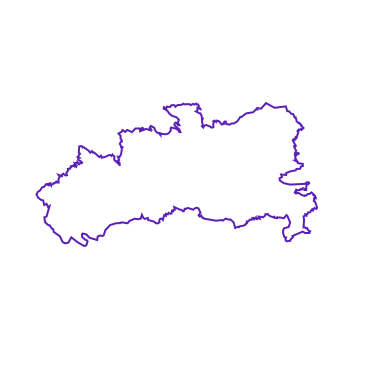 Emiliano Zapata, Veracruz, Mexico, rotated 135°
{"feature_id": "50627088B15654993016577", "entity_name": "Emiliano Zapata", "entity_type": "district", "adm_level": 2, "iso_a3": "MEX", "parent_name": "Mexico", "parent_adm1": "Veracruz", "projection": "equal_earth", "projection_center": [-96.752, 19.457], "detail": "fine", "context": "isolated", "style": "outline", "palette": "violet", "viewbox_px": 384, "rotation_deg": 135, "n_neighbors": 0, "source": "geoboundaries", "source_scale": "gbopen_adm2", "svg_char_len": 6045}
<svg xmlns="http://www.w3.org/2000/svg" viewBox="0 0 384 384"><g transform="rotate(135 192 192)"><path d="M160.0,90.3L157.0,88.0L156.1,88.7L152.4,88.7L152.0,89.8L142.9,86.2L141.6,85.6L141.1,83.1L138.0,80.0L136.2,80.7L137.0,82.0L136.1,85.2L137.1,85.7L137.3,87.8L138.1,88.2L132.6,92.9L130.4,95.9L128.4,95.2L128.1,95.6L127.9,94.7L127.1,95.7L126.3,94.7L124.5,95.5L123.0,94.2L119.5,94.9L119.0,94.7L119.4,93.4L116.8,94.1L116.0,92.1L114.7,92.4L112.4,96.8L111.7,99.2L112.1,99.6L110.0,101.2L109.1,99.9L108.4,100.4L108.8,101.4L107.8,102.1L108.3,103.6L107.7,103.6L107.8,107.2L110.4,107.6L111.6,108.7L113.6,108.7L114.3,109.7L115.1,109.5L116.5,112.1L117.3,116.0L119.6,117.5L119.7,119.0L118.4,119.4L118.6,118.6L118.0,118.5L116.6,119.8L115.5,118.0L114.3,117.1L113.2,117.4L112.6,116.1L110.9,116.3L110.2,114.7L111.1,113.8L109.9,112.6L106.2,116.0L103.6,115.2L102.8,115.4L102.7,116.5L103.9,117.6L106.6,118.1L117.5,128.0L120.8,133.3L121.8,138.1L120.3,139.8L117.8,138.9L116.6,141.4L113.4,137.5L112.0,138.8L107.9,137.1L103.4,134.0L101.8,134.4L99.4,132.0L96.8,132.9L95.2,132.0L93.8,133.5L96.7,137.6L96.0,138.5L97.0,141.7L95.5,140.8L95.1,143.0L93.5,144.0L93.4,144.9L89.5,143.6L89.2,144.3L90.0,145.1L92.6,145.6L91.7,146.8L89.2,147.4L88.0,151.3L86.4,151.2L86.7,152.1L85.8,151.8L84.2,157.3L83.0,157.6L82.5,156.2L80.0,157.4L80.0,156.3L74.4,159.2L74.3,160.5L72.7,160.1L72.5,161.5L72.1,159.9L70.5,159.6L70.6,158.4L67.9,158.4L68.0,161.9L67.4,161.9L67.2,164.2L67.3,165.0L67.9,165.1L68.0,168.2L66.7,169.8L66.7,171.2L66.0,171.5L66.6,172.3L65.4,175.5L66.5,177.2L66.3,180.4L67.5,181.9L65.1,186.2L74.1,193.2L76.8,202.5L84.3,202.1L86.5,205.2L87.4,204.1L88.4,205.2L92.3,205.1L98.2,209.3L103.5,210.0L104.8,210.9L109.9,209.9L113.8,210.8L115.3,212.3L117.8,213.1L119.6,215.6L118.3,217.8L119.0,218.7L120.8,218.6L121.1,217.5L123.2,218.6L122.9,223.0L124.0,224.9L125.4,224.4L125.5,226.5L126.9,226.9L127.0,226.0L129.1,224.9L131.0,222.7L131.9,223.0L132.9,224.3L132.9,225.5L134.7,229.4L136.2,230.2L138.5,229.6L138.4,231.5L137.4,231.2L134.8,235.1L132.7,236.2L133.3,236.6L131.4,239.0L130.4,241.6L131.1,242.3L132.2,246.2L130.9,245.6L128.7,247.6L127.4,244.7L127.1,245.3L128.0,247.5L126.2,248.0L125.9,250.0L126.8,250.5L126.6,251.6L128.5,252.2L128.9,253.6L131.4,254.2L131.8,256.1L135.3,259.3L135.8,260.7L137.4,260.8L140.8,263.7L143.5,264.0L143.1,265.3L143.4,266.4L145.3,267.9L147.3,267.6L149.5,270.2L151.4,269.1L151.9,271.8L153.1,271.0L152.0,267.3L152.6,263.1L152.2,260.0L150.1,255.6L150.2,252.3L153.1,251.0L153.7,248.2L154.5,249.1L154.1,252.0L154.6,252.8L156.0,252.7L157.2,251.5L156.7,245.2L157.8,242.6L158.5,243.4L157.9,245.4L158.6,248.3L161.1,252.3L162.1,252.1L163.4,250.5L167.0,250.0L169.3,251.0L172.1,254.1L172.9,256.0L174.0,254.7L173.7,257.3L174.6,258.4L174.8,260.5L173.3,264.3L174.5,267.9L176.2,267.2L176.6,265.5L177.1,266.4L177.8,264.9L179.8,269.0L185.7,271.7L184.8,272.7L182.3,270.8L181.6,271.1L181.6,272.3L184.3,273.4L184.5,274.4L187.1,276.9L192.1,276.8L193.9,281.7L196.6,281.6L197.4,285.0L198.9,284.3L202.6,285.3L202.8,282.1L204.7,280.5L204.9,278.7L205.8,277.3L206.7,277.9L209.0,277.1L209.8,274.5L209.5,273.1L210.5,273.5L210.8,272.3L215.4,268.9L218.4,268.0L219.4,269.4L220.8,266.2L222.3,266.6L222.4,265.2L223.4,264.1L222.8,263.7L224.5,261.5L224.0,262.7L224.3,269.2L223.5,270.7L222.2,271.3L221.7,272.6L222.1,273.5L221.8,274.7L223.4,274.5L223.3,275.4L224.3,276.6L229.9,278.8L230.7,280.1L231.5,280.1L230.7,282.1L232.9,282.3L233.1,287.5L233.6,289.9L234.2,290.1L233.9,291.7L236.2,291.7L235.9,294.4L236.9,300.1L237.9,300.7L237.5,302.5L239.5,304.0L244.3,299.8L243.9,297.4L244.4,298.5L247.7,297.5L247.5,296.2L248.4,297.1L248.6,296.1L249.5,295.4L249.1,292.5L249.7,291.9L248.8,291.5L249.0,290.4L249.7,290.4L249.9,291.5L252.2,291.3L252.4,291.7L251.8,293.9L251.8,294.3L252.9,293.4L254.3,295.4L254.5,294.5L255.8,294.3L255.1,292.1L256.0,291.7L255.9,292.9L256.8,292.9L256.7,294.8L258.0,294.6L259.2,295.8L259.8,295.0L260.6,295.4L261.6,294.7L263.4,296.1L264.1,294.9L267.4,294.3L268.5,292.3L269.8,293.2L270.1,296.0L271.5,296.1L272.7,295.1L274.3,298.5L274.8,296.2L276.9,295.8L279.7,293.0L281.1,294.6L280.3,294.9L280.5,295.4L283.1,295.3L283.8,296.3L285.1,295.9L286.1,296.9L287.0,296.2L286.9,297.2L286.0,298.3L287.8,299.4L287.9,297.9L288.6,297.9L289.7,300.7L292.9,300.2L294.8,301.3L298.3,300.5L300.9,301.1L303.7,300.2L304.8,296.8L304.4,293.4L303.2,291.3L305.7,287.3L303.2,286.5L304.4,283.2L302.7,282.8L312.2,277.5L314.3,278.5L317.3,274.4L317.0,269.9L316.2,269.2L317.0,264.9L316.4,263.8L318.0,261.5L316.7,254.2L318.9,247.9L318.0,245.4L315.1,243.6L309.4,245.3L308.4,237.3L306.6,230.6L305.7,229.4L304.3,229.1L300.8,230.9L300.4,231.7L301.3,234.1L301.5,237.9L300.0,239.7L298.7,240.0L296.7,236.7L296.8,232.0L293.0,225.1L290.2,227.2L287.8,226.2L286.3,224.1L284.9,223.9L280.2,226.3L273.2,226.5L267.8,223.6L264.6,220.6L263.4,220.5L259.6,215.4L257.0,215.8L251.5,213.7L249.3,210.8L247.1,209.4L243.6,211.3L244.7,208.0L244.4,206.3L241.6,204.9L242.8,203.2L239.7,197.7L239.7,195.5L238.1,193.8L236.3,193.6L235.6,194.8L233.7,195.6L232.3,194.8L232.4,192.8L228.0,195.3L227.3,193.6L225.9,195.0L224.9,193.3L223.3,193.8L222.7,191.8L221.6,191.3L219.6,192.8L218.9,191.7L218.1,192.5L216.7,191.6L215.2,193.9L213.0,187.9L212.2,187.1L212.0,184.7L211.3,184.2L209.0,185.3L208.4,184.4L206.3,183.8L203.6,178.6L200.8,178.2L199.4,177.0L199.0,175.8L200.7,171.3L203.8,170.9L203.9,169.2L202.1,168.8L202.9,167.1L202.2,165.9L202.6,165.1L195.3,154.7L191.0,151.3L190.5,150.0L187.1,149.4L185.3,146.2L184.3,145.5L184.0,141.2L186.9,136.0L184.0,134.9L183.7,133.9L182.3,133.9L179.7,131.9L176.9,131.0L176.4,131.6L175.1,131.1L174.0,132.4L173.0,131.4L170.6,131.6L169.5,130.2L167.9,130.9L167.6,129.0L166.5,129.8L166.0,128.6L164.8,128.8L165.6,127.6L165.3,126.8L163.7,127.0L163.0,125.3L162.1,127.3L159.5,123.8L156.7,123.6L155.8,124.4L153.9,122.5L154.3,121.5L153.5,118.9L152.5,116.7L151.4,116.4L151.9,115.3L150.8,114.5L150.8,113.8L149.6,113.8L149.6,113.1L148.0,112.1L145.6,108.5L141.6,108.9L141.5,107.6L144.2,101.0L148.4,98.9L152.8,101.3L155.3,100.0L157.0,98.0L158.6,94.6L157.6,93.3L159.8,92.1L160.0,90.3Z" fill="none" stroke="#5b21b6" stroke-width="2"/></g></svg>